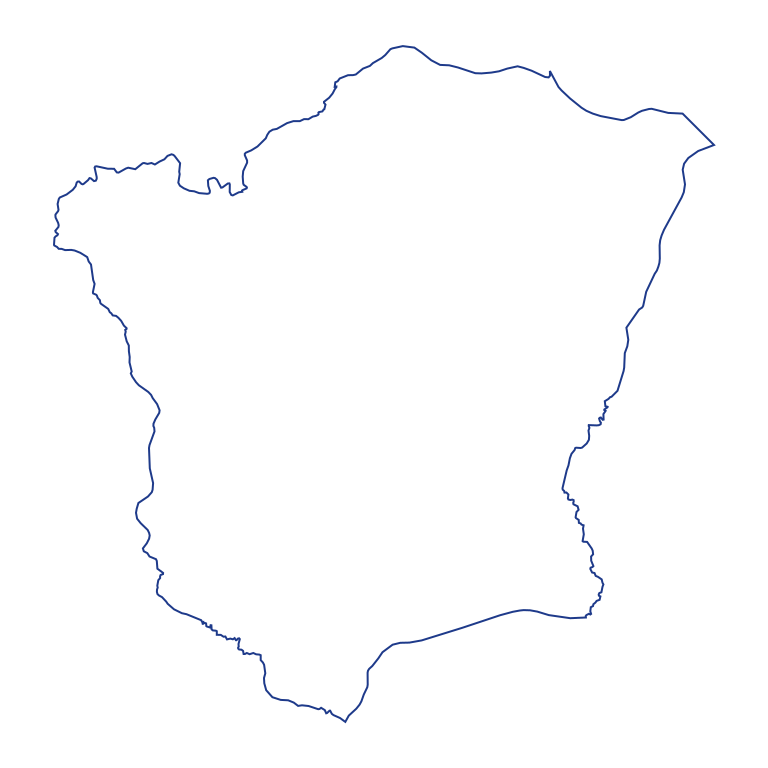 Vapy, Saravan, Laos (Mercator projection)
{"feature_id": "54806243B822466577686", "entity_name": "Vapy", "entity_type": "district", "adm_level": 2, "iso_a3": "LAO", "parent_name": "Laos", "parent_adm1": "Saravan", "projection": "mercator", "projection_center": [105.952, 15.765], "detail": "fine", "context": "isolated", "style": "outline", "palette": "blue", "viewbox_px": 768, "rotation_deg": 0, "n_neighbors": 0, "source": "geoboundaries", "source_scale": "gbopen_adm2", "svg_char_len": 6018}
<svg xmlns="http://www.w3.org/2000/svg" viewBox="0 0 768 768"><path d="M345.3,721.9L348.8,715.6L356.3,708.7L359.6,704.6L361.4,701.3L363.8,694.5L367.3,687.2L367.7,684.7L367.6,672.7L368.0,670.7L369.2,668.8L372.3,666.0L378.3,658.4L382.5,652.2L392.6,644.7L400.3,642.8L409.4,642.6L421.7,640.4L462.3,627.8L500.2,615.2L512.8,611.8L519.9,610.5L523.6,610.1L530.1,610.3L537.3,611.6L548.8,615.1L570.3,618.2L585.9,617.5L585.7,616.1L586.4,615.1L588.9,613.8L590.3,614.5L591.1,613.9L590.3,611.3L590.8,607.2L593.0,606.1L593.4,604.2L595.4,602.6L596.6,600.9L599.6,599.8L600.4,596.4L598.9,595.7L598.7,594.4L599.4,593.0L601.4,592.3L602.5,586.8L603.4,584.4L602.5,582.8L601.7,579.4L597.9,576.8L595.7,575.9L594.5,573.0L592.1,572.5L590.3,568.9L590.6,567.7L592.5,567.0L593.4,566.1L591.2,560.7L591.1,556.5L593.1,554.3L592.7,550.7L591.7,548.5L587.1,541.9L583.3,541.7L582.6,541.1L583.8,534.3L583.0,528.7L583.6,525.3L581.5,524.6L580.6,523.4L578.9,522.9L578.7,519.9L576.0,518.1L575.6,517.3L576.5,512.0L578.6,509.8L577.6,506.3L573.5,504.3L573.2,502.9L573.7,501.6L573.6,500.1L572.4,499.6L570.3,500.0L568.4,499.5L567.9,498.4L568.4,494.5L566.4,492.5L564.5,492.6L564.2,491.0L562.7,489.6L562.5,488.2L566.7,470.4L568.5,465.3L569.9,458.2L571.5,453.8L574.6,450.0L575.2,448.1L576.1,447.7L580.6,448.0L582.1,447.6L586.7,443.5L588.9,439.8L589.2,435.9L588.5,430.6L589.4,427.9L588.7,425.9L588.8,425.1L596.6,425.4L598.8,425.2L600.6,424.3L600.9,422.7L599.9,421.2L599.1,418.5L599.7,417.8L600.8,417.5L602.7,419.8L603.6,419.6L603.4,414.1L605.6,410.9L604.3,410.1L604.3,409.5L607.5,407.3L607.6,406.8L605.4,406.2L604.8,401.2L608.5,398.9L610.2,397.1L611.5,396.8L617.5,390.8L623.6,371.0L624.2,367.5L624.8,353.1L627.3,346.3L628.3,339.8L626.4,327.7L639.1,309.5L642.2,307.5L643.2,305.8L646.2,291.8L654.7,273.8L656.9,270.5L658.4,266.5L659.4,262.9L659.8,258.7L659.6,245.3L660.2,240.2L661.6,235.5L664.0,229.8L681.6,197.5L683.8,192.2L685.0,184.4L682.7,169.7L684.1,163.7L688.3,158.0L698.2,151.0L714.0,145.0L682.6,113.6L668.2,112.9L651.7,108.8L649.0,109.0L642.0,110.8L638.3,112.5L630.8,117.2L623.8,120.0L621.7,120.1L600.7,116.1L592.8,113.6L586.4,110.8L581.5,107.7L570.1,98.5L561.5,90.4L558.5,87.0L549.9,71.0L550.0,75.7L548.6,77.4L545.1,77.0L531.6,70.7L523.7,67.9L517.6,66.3L507.2,68.6L499.0,71.3L491.2,72.6L481.6,73.4L475.3,73.2L458.0,67.5L449.2,65.3L440.1,64.9L431.3,60.3L421.8,52.7L414.4,47.6L402.8,46.1L392.3,48.4L390.4,49.2L385.3,55.0L381.7,58.0L372.9,63.1L369.9,65.9L363.0,68.6L355.8,74.5L353.1,75.1L348.0,75.2L339.7,78.5L337.6,81.3L335.3,82.3L334.7,86.8L336.4,86.5L336.4,87.1L334.9,89.1L332.6,93.5L329.2,97.7L324.0,101.8L324.0,102.8L325.5,104.6L324.3,109.3L323.6,109.5L322.4,111.4L318.9,112.1L318.4,112.6L318.6,114.1L318.0,114.9L315.9,115.9L312.7,116.6L308.4,119.2L304.1,119.1L299.9,121.1L293.5,121.1L287.1,123.1L276.8,128.9L272.7,129.7L269.4,131.7L267.3,134.8L265.8,138.3L257.5,146.5L251.2,150.4L245.8,152.7L244.8,153.8L244.8,155.2L247.1,160.5L247.1,162.7L243.2,171.1L242.7,176.6L243.2,183.5L243.7,184.8L246.6,186.9L246.9,187.6L246.6,188.4L242.4,190.2L242.0,190.6L242.3,191.8L238.8,192.3L232.8,195.4L231.3,195.0L229.7,192.0L229.8,184.5L229.4,183.4L227.8,183.5L222.5,187.4L221.1,187.7L217.0,179.8L215.0,178.1L213.6,177.8L209.4,179.0L207.9,180.3L208.3,186.0L209.9,190.9L209.7,192.7L208.8,193.5L207.2,193.8L199.1,193.1L194.2,191.3L189.5,190.8L183.8,188.3L179.9,185.7L178.3,182.7L179.7,174.1L179.2,171.8L180.1,163.2L174.7,156.1L173.4,154.9L171.5,154.3L167.5,155.9L164.4,159.3L159.5,161.6L154.9,164.5L151.5,163.0L147.5,163.9L144.0,163.0L142.6,163.3L135.3,169.2L128.2,167.7L125.9,168.5L118.6,172.6L116.8,172.4L114.1,168.8L107.7,168.7L96.6,166.3L95.2,166.5L94.6,167.6L96.7,177.1L96.7,178.8L95.8,180.7L94.0,181.1L90.9,178.4L89.5,178.1L88.0,180.2L83.5,184.0L82.7,184.3L81.5,183.9L79.1,181.5L77.7,181.6L76.7,182.6L75.6,186.3L72.8,189.8L66.6,194.5L59.8,197.5L58.8,199.0L57.6,204.0L58.5,209.8L58.1,211.1L55.5,214.5L55.4,215.5L55.6,217.6L58.1,222.8L58.7,225.2L58.4,227.0L55.3,230.8L55.7,232.1L58.0,234.1L57.4,235.3L55.6,236.4L54.5,237.7L54.0,244.9L54.3,245.5L57.1,247.0L58.7,248.8L61.7,248.9L65.1,250.1L71.2,249.9L74.6,250.5L80.3,252.8L87.2,257.1L88.7,261.5L91.0,264.5L93.2,280.0L94.6,283.9L92.9,292.2L93.1,293.4L96.3,294.8L96.9,295.6L97.7,297.9L99.9,300.2L100.3,302.9L101.0,303.8L108.2,308.9L109.8,312.2L111.3,313.3L112.7,315.4L116.1,315.9L118.4,317.8L121.2,320.9L123.9,325.6L126.6,328.2L126.5,329.0L125.2,329.9L125.7,331.7L125.0,334.6L126.7,341.3L128.8,345.5L128.9,351.3L129.7,357.0L129.5,362.4L131.7,371.5L130.8,373.4L132.3,376.7L136.1,382.3L138.9,385.3L148.2,391.9L151.1,394.9L152.7,398.1L157.1,404.1L159.6,410.3L159.2,412.9L155.3,419.5L153.5,423.7L153.4,426.0L154.2,427.8L154.5,431.4L149.5,445.1L149.0,448.0L149.8,468.4L153.1,483.1L152.6,489.7L151.8,492.2L148.0,496.5L138.4,503.0L136.7,508.8L136.0,512.8L137.1,518.7L140.7,523.2L147.7,530.0L149.1,532.9L149.7,535.5L149.1,538.7L146.8,543.3L142.9,548.4L143.8,551.3L147.3,553.1L149.5,556.5L156.0,559.2L156.8,561.0L157.4,568.7L163.1,572.9L163.0,574.1L160.6,575.0L160.1,576.3L160.1,578.1L158.3,580.2L157.3,585.7L157.7,587.6L157.0,589.6L156.9,591.9L157.5,594.1L159.0,595.5L162.0,597.1L166.2,601.6L167.7,603.8L174.0,609.3L181.9,613.2L186.5,614.2L201.2,620.2L202.1,621.9L203.1,621.9L202.6,623.7L202.9,623.9L204.7,622.9L206.1,623.4L206.3,626.1L206.8,626.5L210.0,627.5L210.6,625.2L211.4,625.3L211.6,629.4L212.8,630.4L215.9,630.7L216.8,631.2L216.8,634.8L220.8,634.9L223.5,636.7L225.4,636.5L227.0,639.4L230.3,638.6L232.9,639.3L234.6,638.1L235.9,640.2L236.5,640.2L237.9,638.6L239.1,638.3L239.8,639.1L238.5,644.0L238.7,646.6L238.1,647.7L238.2,648.6L239.1,649.5L241.5,649.7L243.1,650.9L243.6,654.0L244.9,654.0L246.8,653.0L249.6,654.2L253.3,653.0L256.1,654.3L259.4,654.6L260.7,655.2L260.7,660.1L262.9,662.5L264.1,664.8L265.3,673.3L264.0,678.0L264.3,683.3L266.2,690.2L272.4,697.2L280.7,699.9L288.2,700.3L293.8,702.6L298.1,705.9L302.0,705.3L308.6,706.0L318.2,709.2L319.5,709.0L321.1,707.8L324.8,710.1L326.2,713.3L327.1,713.0L329.5,710.7L330.2,710.7L331.8,713.8L333.5,715.1L340.0,718.0L345.3,721.9Z" fill="none" stroke="#1e3a8a" stroke-width="2"/></svg>